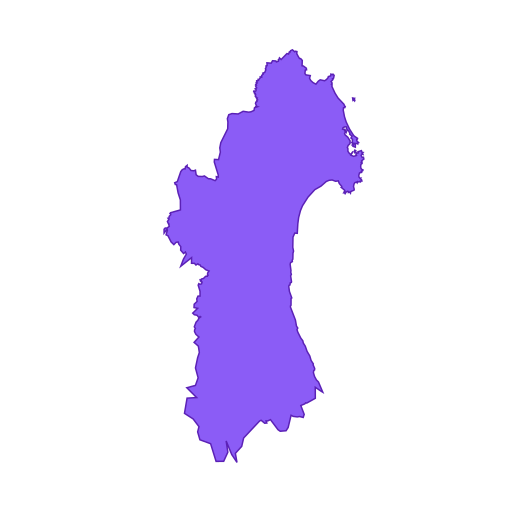 the district of West Coast, Western Cape, South Africa, rotated 193°
{"feature_id": "47623444B37444115609272", "entity_name": "West Coast", "entity_type": "district", "adm_level": 2, "iso_a3": "ZAF", "parent_name": "South Africa", "parent_adm1": "Western Cape", "projection": "mercator", "projection_center": [18.155, -32.059], "detail": "fine", "context": "isolated", "style": "filled", "palette": "violet", "viewbox_px": 512, "rotation_deg": 193, "n_neighbors": 0, "source": "geoboundaries", "source_scale": "gbopen_adm2", "svg_char_len": 6146}
<svg xmlns="http://www.w3.org/2000/svg" viewBox="0 0 512 512"><g transform="rotate(193 256 256)"><path d="M348.3,321.3L349.4,310.8L351.7,309.1L350.7,307.5L349.4,307.6L346.1,300.0L342.3,293.6L340.0,283.9L349.0,279.0L349.4,278.1L348.6,277.7L348.4,276.9L349.5,275.1L349.3,273.4L350.2,273.0L349.1,272.1L350.1,269.7L348.5,267.6L347.7,268.1L348.2,267.3L347.2,265.4L348.9,263.3L350.8,262.8L351.6,261.4L350.7,257.7L348.7,262.2L348.1,261.2L348.4,256.4L346.4,256.0L341.9,250.6L338.6,248.6L336.9,251.4L335.0,252.1L333.9,250.2L331.4,248.2L330.7,244.7L327.1,242.1L325.7,244.0L324.3,242.2L326.0,236.6L327.0,229.1L318.4,239.9L317.2,234.4L314.3,235.0L312.5,233.7L310.9,235.3L309.7,234.6L308.4,234.7L307.4,233.5L304.9,233.0L301.8,231.3L298.4,230.8L299.3,228.5L299.1,227.3L298.4,226.6L299.0,226.1L298.8,225.3L300.6,224.8L302.1,222.3L304.0,221.3L304.2,220.2L305.0,220.2L304.5,219.2L303.8,219.5L303.7,218.7L302.7,218.5L302.8,216.6L304.3,215.8L305.5,216.2L305.8,214.6L302.6,209.0L301.5,204.4L303.5,203.9L304.1,200.9L303.2,198.5L305.4,195.1L304.8,191.8L301.1,191.9L304.8,186.1L302.9,184.9L300.1,185.0L298.0,183.3L296.8,184.5L296.2,184.2L297.7,182.5L298.2,180.3L299.5,178.1L300.2,173.1L298.8,171.8L299.2,170.2L298.9,168.5L296.9,166.1L293.4,164.2L296.9,157.9L291.9,155.2L289.5,149.2L290.0,143.9L289.8,133.3L285.0,124.3L285.9,116.3L293.8,112.1L282.0,104.7L291.2,102.0L290.3,86.6L280.6,83.1L273.2,76.9L273.3,71.5L269.3,64.3L258.0,62.9L248.7,46.9L241.3,48.7L239.3,58.5L243.5,69.1L235.0,57.1L228.1,50.6L231.7,59.1L227.1,67.3L227.1,75.9L215.4,96.0L214.1,97.1L209.9,95.0L207.9,95.7L209.1,97.6L207.4,98.0L205.1,99.8L195.5,91.7L193.0,90.7L187.4,92.5L186.1,96.1L186.0,108.7L183.7,108.1L179.6,108.5L177.4,109.4L173.7,109.3L173.4,112.5L178.7,120.4L175.2,122.9L174.6,124.1L173.5,124.1L166.2,130.7L168.7,141.4L162.2,138.9L160.3,138.3L166.8,147.3L169.2,148.8L171.8,151.7L173.8,155.2L174.0,157.4L173.3,158.1L173.5,159.6L175.8,162.7L175.9,163.8L178.8,166.6L181.1,170.7L184.8,174.6L187.7,179.2L190.3,181.8L191.3,183.9L193.9,186.1L198.2,191.3L199.5,193.5L199.1,195.2L200.8,196.8L203.2,202.5L210.9,213.9L211.2,215.1L210.8,215.9L212.3,222.6L211.7,223.2L215.4,228.9L217.2,233.6L217.2,234.9L216.4,235.4L216.6,237.6L215.6,238.2L215.6,238.9L217.8,244.5L217.4,246.0L218.5,248.0L218.6,249.5L220.9,255.7L220.8,257.4L219.3,258.7L219.8,260.1L219.4,261.2L220.6,267.1L220.5,269.2L222.1,272.7L224.2,282.7L223.4,287.0L220.9,287.4L222.5,296.8L223.1,303.2L222.9,310.1L222.0,315.4L218.6,325.0L213.6,333.9L208.4,338.7L204.3,344.4L201.8,346.2L198.9,347.2L195.3,346.7L192.7,347.7L191.2,345.4L188.2,343.2L187.9,342.3L188.3,342.0L184.4,340.0L184.0,339.2L184.5,338.7L184.3,338.1L184.7,337.3L183.8,337.4L183.2,336.8L182.5,338.7L181.1,339.7L180.3,339.5L180.2,338.7L179.1,339.3L178.1,338.5L178.2,340.1L175.3,342.2L175.3,343.1L176.6,345.6L176.7,348.0L176.2,349.7L174.7,350.7L173.9,350.0L173.7,351.4L172.3,351.3L171.4,352.2L170.8,351.8L170.5,352.7L169.7,352.9L170.2,353.9L171.7,354.9L171.5,355.4L172.2,355.2L173.5,356.2L174.0,357.8L173.8,360.3L171.9,361.2L171.8,361.7L172.4,362.2L171.1,363.3L171.3,364.1L172.2,364.0L173.5,365.1L174.1,366.6L174.4,368.9L173.5,369.9L174.1,370.4L173.8,371.1L174.5,371.1L174.1,372.5L173.5,372.5L174.3,372.8L172.7,374.7L173.5,376.4L174.7,375.9L176.2,377.6L175.8,379.2L174.7,379.1L175.5,380.3L175.1,380.9L176.0,380.8L177.0,382.4L180.0,380.6L179.6,379.5L180.9,378.9L183.3,380.0L183.5,380.9L182.8,381.1L183.5,381.4L183.8,380.2L182.8,378.7L182.2,379.1L181.0,378.4L181.4,377.0L180.8,376.5L183.2,375.1L186.3,375.6L184.9,379.8L186.4,376.6L187.8,376.7L190.0,378.7L190.6,381.3L191.4,382.2L191.1,384.5L189.7,386.6L190.2,389.3L193.3,392.4L196.5,394.1L197.3,395.5L196.5,396.9L197.2,397.5L196.4,397.7L195.9,397.0L195.8,398.0L197.9,398.6L198.2,398.9L197.8,399.1L198.7,399.7L198.3,399.4L198.7,399.0L200.2,399.1L200.0,400.7L198.4,401.9L197.0,402.1L196.5,401.4L196.5,400.3L193.7,398.5L192.1,396.6L192.1,395.7L189.4,394.4L190.0,392.3L188.2,391.4L187.8,388.7L188.2,388.1L187.2,387.7L184.7,388.0L185.1,387.3L187.2,387.0L186.9,386.2L187.2,385.8L186.2,385.7L186.2,384.7L183.7,384.4L184.4,387.5L183.0,388.5L182.1,388.1L182.2,388.9L181.5,389.5L183.7,390.9L184.1,392.2L183.5,392.7L183.5,393.5L187.2,394.9L188.4,395.8L193.3,400.6L198.3,406.9L201.1,411.6L203.8,417.7L204.1,420.2L202.8,420.6L202.7,421.8L203.4,421.9L204.4,423.6L211.6,428.4L215.6,432.4L220.1,438.2L220.5,440.2L221.1,440.3L220.7,441.6L222.1,442.9L220.9,444.9L221.3,445.9L220.6,446.0L220.4,446.9L220.5,449.6L221.9,450.5L222.3,449.8L223.9,450.1L223.8,448.3L225.9,447.1L225.8,446.2L226.9,444.0L228.5,442.2L233.1,442.1L234.6,440.4L236.3,436.9L239.5,437.8L242.1,439.3L243.8,441.2L243.7,444.0L248.1,443.7L249.4,444.8L249.8,448.2L248.6,448.8L249.2,450.3L252.6,451.8L253.9,451.7L254.9,457.0L256.9,458.4L258.0,458.2L259.7,459.9L261.8,462.3L262.1,464.4L263.6,464.4L264.2,463.7L266.9,465.1L268.5,463.8L268.8,462.2L269.4,462.3L269.7,460.1L271.4,460.2L275.7,453.1L277.7,454.3L277.9,452.4L278.3,452.3L278.0,450.8L279.8,449.7L280.5,450.5L283.8,450.0L284.6,447.3L288.8,446.7L288.0,444.0L289.0,443.5L288.6,441.6L289.0,440.6L288.3,439.6L288.8,436.8L290.5,435.7L289.9,434.9L291.1,433.2L290.7,431.5L292.2,431.5L292.0,430.4L293.0,428.6L293.6,428.5L293.1,427.6L294.7,426.9L294.3,426.2L294.8,425.3L293.8,424.9L294.9,423.2L294.0,422.6L294.7,421.6L293.2,420.0L294.4,418.7L293.4,418.3L293.2,417.0L293.8,416.3L295.1,416.4L295.2,415.6L294.3,415.3L294.3,414.5L293.3,414.2L293.5,413.6L292.6,413.1L292.7,411.6L291.9,411.3L291.6,410.4L290.3,410.2L290.6,409.3L289.6,408.5L290.2,407.8L289.8,406.7L290.8,405.9L290.8,404.4L289.4,402.7L289.8,401.9L288.1,401.8L290.8,400.1L290.7,397.4L293.3,395.4L295.5,394.5L301.1,394.1L305.3,390.4L311.4,389.4L314.3,387.6L314.8,383.4L313.5,380.2L312.2,373.6L315.8,358.5L315.6,353.2L314.1,349.2L314.2,341.5L318.2,340.8L317.8,338.2L311.1,326.6L310.5,324.4L312.5,324.4L311.7,322.0L312.8,320.2L317.6,321.0L319.8,320.6L324.3,322.4L326.1,321.4L330.3,320.6L332.6,321.7L334.3,326.0L335.9,325.0L338.6,324.7L341.1,326.7L343.2,327.2L343.5,328.8L344.8,327.2L344.7,324.9L345.7,324.8L347.3,323.5L348.3,321.3ZM194.8,429.3L194.7,430.0L195.9,431.4L195.6,431.8L197.4,431.7L196.5,429.4L195.8,430.1L194.8,429.3Z" fill="#8b5cf6" stroke="#5b21b6" stroke-width="1.5"/></g></svg>